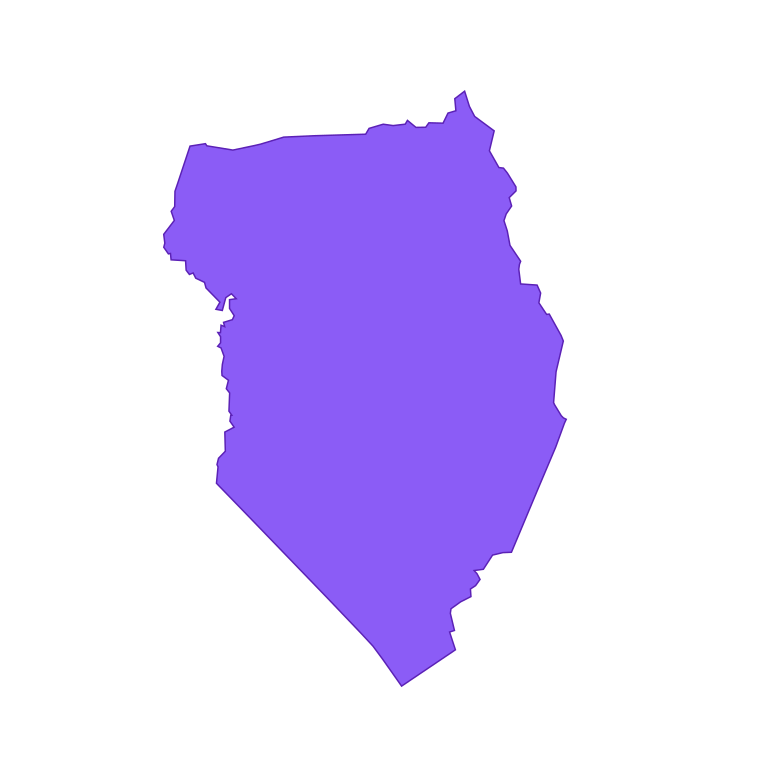 Moca, Puerto Rico (orthographic projection), rotated 160°
{"feature_id": "32010507B73716222823884", "entity_name": "Moca", "entity_type": "district", "adm_level": 2, "iso_a3": "PRI", "parent_name": "Puerto Rico", "parent_adm1": "", "projection": "orthographic", "projection_center": [-67.079, 18.384], "detail": "fine", "context": "isolated", "style": "filled", "palette": "violet", "viewbox_px": 768, "rotation_deg": 160, "n_neighbors": 0, "source": "geoboundaries", "source_scale": "gbopen_adm2", "svg_char_len": 1838}
<svg xmlns="http://www.w3.org/2000/svg" viewBox="0 0 768 768"><g transform="rotate(160 384 384)"><path d="M575.4,348.0L556.7,306.3L510.1,201.6L490.6,157.1L484.0,141.4L479.3,125.5L470.8,94.1L407.8,109.8L407.2,128.5L402.1,128.3L400.1,145.8L397.9,149.9L386.5,153.1L375.0,154.5L372.9,161.8L366.9,163.2L360.6,167.5L361.5,174.0L362.9,177.2L363.1,177.9L354.0,175.9L340.5,186.1L330.0,184.9L321.8,182.3L272.9,235.2L244.3,265.9L227.9,285.4L224.8,288.5L227.0,290.8L228.2,293.4L228.3,293.7L230.8,306.1L231.0,308.5L218.7,335.4L218.1,336.7L200.9,362.9L200.8,363.0L201.0,369.0L204.8,393.2L207.4,393.8L210.7,407.3L205.7,415.9L206.3,424.6L221.4,431.3L218.1,445.7L215.8,450.1L213.6,452.6L218.2,471.2L215.8,485.7L215.4,496.5L211.0,502.0L203.2,507.6L202.6,516.3L193.9,520.3L192.6,524.1L195.9,540.0L197.9,546.0L202.0,548.1L205.2,567.1L193.9,584.2L207.3,604.4L208.8,615.6L208.1,631.6L219.9,627.9L223.0,616.2L231.2,616.7L239.3,608.9L252.5,614.1L257.0,611.0L266.2,614.2L271.8,623.7L275.2,620.9L287.0,623.7L295.9,628.4L310.6,629.3L315.8,625.0L363.9,640.9L393.8,650.3L417.9,651.6L424.4,652.4L446.0,655.5L469.0,668.4L469.6,670.9L484.9,673.9L509.1,643.3L514.5,636.6L520.0,622.3L524.9,619.1L525.1,609.4L539.8,600.0L541.8,591.3L544.2,587.8L542.1,580.0L540.0,579.7L541.6,573.5L528.3,567.7L531.0,558.6L529.4,553.5L525.4,553.6L524.7,547.8L517.9,540.9L518.4,535.1L510.2,517.0L516.4,511.7L510.8,508.4L503.1,519.3L496.5,521.0L493.7,514.7L500.3,516.1L503.3,507.8L501.4,499.4L504.5,496.3L513.7,496.8L514.1,492.4L517.0,495.0L520.1,488.2L522.5,489.2L521.4,484.3L523.5,478.6L527.4,476.3L524.8,473.6L524.8,464.7L529.2,457.7L532.1,451.4L533.3,447.4L528.9,440.7L533.8,433.5L532.1,428.4L539.0,411.5L537.7,406.7L538.7,407.0L541.5,401.8L539.6,394.7L550.0,393.3L556.1,375.1L564.9,370.8L568.5,365.4L568.3,362.9L575.4,348.0Z" fill="#8b5cf6" stroke="#5b21b6" stroke-width="1.5"/></g></svg>